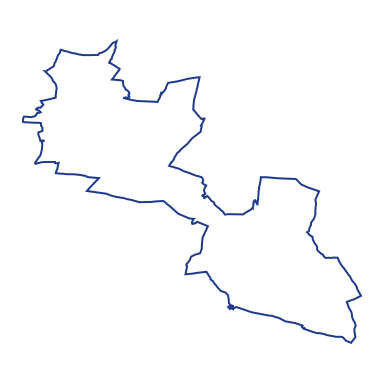 Songdalen nor, Vest-Agder, Norway (Robinson projection)
{"feature_id": "86288312B8031937761256", "entity_name": "Songdalen nor", "entity_type": "district", "adm_level": 2, "iso_a3": "NOR", "parent_name": "Norway", "parent_adm1": "Vest-Agder", "projection": "robinson", "projection_center": [7.708, 58.239], "detail": "fine", "context": "isolated", "style": "outline", "palette": "blue", "viewbox_px": 384, "rotation_deg": 0, "n_neighbors": 0, "source": "geoboundaries", "source_scale": "gbopen_adm2", "svg_char_len": 5886}
<svg xmlns="http://www.w3.org/2000/svg" viewBox="0 0 384 384"><path d="M319.1,191.3L308.0,187.5L301.1,184.4L297.1,180.1L295.8,179.0L278.4,178.3L267.1,177.3L264.1,177.2L261.7,177.4L261.5,177.2L260.9,177.1L260.7,178.2L260.6,180.2L259.8,184.3L259.5,186.1L259.0,187.2L259.0,188.3L259.2,188.6L258.6,191.1L258.5,194.7L258.3,195.8L258.1,198.1L258.3,198.8L258.0,200.0L257.7,200.5L257.8,200.9L257.5,203.6L257.8,205.1L256.0,202.2L255.3,200.2L255.4,199.5L254.8,200.5L254.8,200.8L254.5,200.8L254.6,201.3L254.1,201.3L253.6,201.9L253.6,203.0L253.3,203.5L253.3,204.0L253.5,205.1L252.7,207.9L252.8,208.6L252.0,208.4L251.3,209.3L244.9,213.1L243.2,214.4L229.0,214.2L224.8,214.5L222.8,211.5L220.3,209.7L219.9,208.9L219.2,208.2L218.5,208.0L214.6,204.6L214.4,204.4L214.2,202.7L211.0,200.5L210.2,199.1L207.4,196.0L204.3,198.0L204.1,197.9L204.8,196.9L202.4,195.8L202.7,195.1L203.9,194.9L204.6,194.2L205.2,194.1L205.2,193.4L204.6,192.4L204.1,191.0L204.0,190.0L205.3,186.6L205.8,186.3L206.2,185.5L203.9,184.4L203.0,183.7L202.2,182.7L202.7,182.3L203.2,180.4L202.7,178.8L201.6,177.2L197.6,176.0L196.3,175.8L189.3,173.0L184.1,171.3L178.9,168.7L169.2,165.9L169.7,165.3L169.8,164.4L171.1,162.9L171.0,162.5L172.1,162.0L173.4,160.0L173.7,159.5L173.6,159.4L174.3,158.2L174.5,157.5L177.4,152.8L179.7,151.2L179.7,150.8L181.0,149.3L187.5,143.8L192.1,138.3L200.6,131.8L200.8,129.9L201.0,129.4L201.6,126.8L201.3,126.2L201.5,126.0L200.9,125.6L201.8,124.3L203.8,120.3L203.7,120.2L203.9,120.1L203.8,119.7L204.0,119.5L203.7,119.2L204.4,118.7L204.7,117.7L204.2,118.5L201.3,118.9L197.3,114.5L195.9,112.6L194.0,110.5L194.1,110.3L193.3,109.7L193.2,108.8L193.5,107.7L193.4,106.4L194.0,100.0L196.6,90.6L196.8,89.2L197.6,86.3L197.9,84.4L199.6,77.3L197.2,77.4L187.8,78.8L177.9,81.3L168.1,82.9L166.9,85.2L166.1,87.3L166.0,88.2L164.5,90.6L162.9,92.5L162.6,92.3L161.3,92.6L161.3,93.0L160.9,93.3L161.0,93.6L161.4,93.7L161.5,94.5L160.2,95.3L160.2,96.8L157.4,102.0L155.9,101.8L137.5,101.0L131.7,100.0L124.0,98.1L124.0,97.9L125.1,97.9L125.7,97.4L127.6,97.9L129.1,97.2L129.4,96.9L129.3,96.5L129.0,96.3L128.8,95.7L128.5,95.7L128.4,95.1L128.8,94.6L128.8,94.1L129.4,93.7L129.4,93.2L128.8,91.8L127.3,90.4L125.5,89.4L125.2,88.2L123.4,85.7L122.9,80.9L120.6,80.3L112.0,79.5L113.8,77.3L115.8,74.3L117.6,72.2L118.5,70.7L119.0,70.4L119.1,69.9L119.5,69.6L119.5,69.1L119.6,68.9L113.1,64.7L110.3,63.2L109.2,62.9L109.3,62.2L110.1,62.0L109.9,61.3L110.7,59.5L111.5,59.2L111.4,59.0L112.9,55.0L114.4,52.1L114.7,50.9L114.5,50.5L115.4,48.8L115.9,47.1L115.3,46.1L115.3,45.7L116.6,41.2L115.9,41.7L112.8,42.9L108.3,48.3L105.7,50.7L104.6,51.1L101.4,52.9L99.6,53.0L99.4,53.4L98.9,53.8L98.0,55.1L97.5,54.9L92.2,55.1L83.1,55.1L78.8,54.4L74.6,53.3L72.3,53.1L67.2,51.5L63.9,50.8L60.7,49.7L60.4,50.1L60.0,52.5L58.7,54.5L58.0,55.1L55.6,61.7L54.9,62.5L54.4,63.8L54.0,65.9L53.2,66.6L47.1,70.4L46.1,71.6L45.1,71.4L50.9,77.0L52.5,79.3L52.8,80.8L54.4,82.4L55.2,83.4L55.8,84.6L56.4,86.5L56.6,88.9L56.2,91.2L55.8,94.9L55.5,96.0L55.8,96.8L55.6,97.7L48.7,99.4L41.1,101.0L41.5,101.4L41.7,101.9L41.4,102.0L41.9,103.1L42.8,103.9L43.3,104.9L40.6,107.3L40.6,107.6L39.0,107.5L37.8,107.8L36.4,108.7L36.5,109.0L36.2,109.5L38.5,110.3L40.7,112.2L39.3,112.8L37.4,112.8L35.3,116.0L34.8,116.2L31.5,117.1L29.8,117.1L25.5,116.6L23.7,116.8L23.1,119.1L23.0,121.9L25.5,122.3L36.4,122.8L38.3,122.7L40.9,123.1L41.0,125.5L42.3,127.5L42.4,131.0L38.4,132.4L38.3,133.7L38.6,135.7L39.0,136.4L40.1,139.4L40.3,140.7L41.6,140.5L44.5,140.7L41.6,141.8L42.3,144.0L42.0,148.8L40.9,153.7L40.5,155.0L39.7,156.4L38.6,157.6L35.1,162.8L35.1,163.4L35.5,163.8L41.3,162.3L42.8,162.1L51.3,161.9L55.1,162.0L55.1,163.2L57.2,163.4L58.6,162.9L57.2,169.2L56.2,171.5L55.8,173.1L59.4,173.6L62.7,173.7L66.9,174.2L74.2,174.3L79.9,174.9L85.4,175.9L87.8,177.1L98.9,178.1L89.3,188.2L87.0,191.0L106.2,193.7L111.2,195.6L114.3,196.5L124.8,198.3L126.8,199.1L130.9,199.8L139.5,202.2L151.7,201.9L155.8,201.4L163.2,201.0L164.1,201.5L166.3,203.2L166.7,203.9L168.7,205.3L171.4,207.6L178.2,213.7L189.1,218.4L193.8,218.9L192.8,219.9L192.6,221.0L192.0,222.2L191.9,222.8L192.2,223.2L192.3,223.9L192.8,224.0L194.0,223.4L195.3,223.3L195.7,222.7L196.4,222.6L197.2,221.8L207.9,226.2L202.6,237.7L201.9,244.0L201.8,248.6L200.1,253.1L199.6,253.4L195.0,254.7L191.1,256.7L189.8,260.0L188.1,262.5L186.6,264.0L186.2,265.0L186.9,265.8L187.1,266.3L185.5,274.3L193.6,273.5L197.6,272.8L206.5,271.8L207.1,273.0L207.7,273.6L208.5,275.3L210.3,277.5L210.6,279.5L212.8,281.0L214.7,284.0L215.2,284.3L217.7,287.5L220.8,291.0L225.5,292.5L227.9,295.2L228.4,297.3L228.8,300.4L228.9,302.7L229.0,303.3L230.0,304.4L230.7,305.5L228.1,306.9L229.8,309.0L230.1,308.8L231.1,307.1L230.9,306.8L231.9,306.5L232.1,305.6L233.1,306.0L233.0,306.4L232.2,307.2L231.6,308.2L231.2,308.4L233.2,309.2L233.3,308.8L234.2,308.0L236.3,307.0L251.8,312.3L269.2,315.6L272.2,315.8L275.3,317.1L277.3,317.4L279.2,318.1L285.2,321.3L295.3,323.1L299.4,324.5L302.5,325.7L301.9,326.3L301.9,327.0L302.0,327.2L302.6,327.8L304.5,328.0L304.7,328.4L304.2,328.9L312.2,331.7L317.8,333.4L319.1,333.0L324.9,334.3L326.6,335.0L336.1,336.8L341.7,336.8L343.0,337.5L346.1,340.8L351.2,342.8L351.9,341.6L355.4,337.3L354.3,330.2L354.4,328.7L355.7,325.7L354.6,322.1L353.9,321.3L352.2,317.5L351.5,312.3L350.6,310.6L349.2,308.5L348.3,306.5L348.4,306.3L346.8,302.0L347.8,301.5L353.0,299.6L354.1,299.3L361.0,295.8L357.2,289.0L356.7,286.9L356.3,286.2L354.4,283.1L352.4,281.1L349.8,276.2L348.6,274.8L343.9,268.2L341.6,265.5L338.8,260.7L338.0,258.5L337.6,257.7L333.2,257.6L330.0,258.0L329.1,257.7L326.5,257.9L325.3,257.8L323.6,256.0L323.1,254.8L322.4,254.3L321.9,254.3L317.7,250.6L317.0,249.3L317.2,247.6L317.0,246.6L315.6,244.3L314.7,243.4L313.9,241.5L313.0,240.0L312.6,238.3L312.5,236.8L309.8,235.2L307.1,232.2L308.7,231.3L309.0,230.6L309.3,228.8L309.9,227.1L311.0,224.8L310.9,224.2L311.2,222.4L313.0,220.1L314.1,218.4L315.4,214.5L315.3,210.8L316.0,203.7L315.4,199.7L319.1,191.3Z" fill="none" stroke="#1e3a8a" stroke-width="2"/></svg>